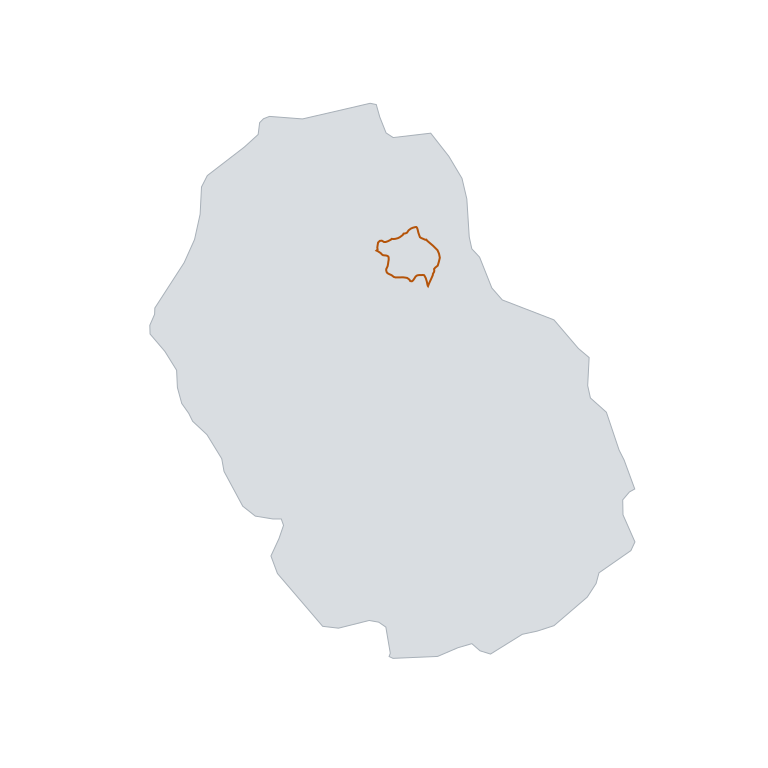 North Macedonia, with Demir Kapija highlighted, rotated 253°
{"feature_id": "MKD-2927", "entity_name": "Demir Kapija", "entity_type": "Statistical Region", "adm_level": 1, "iso_a3": "MKD", "parent_name": "North Macedonia", "parent_adm1": "", "projection": "robinson", "projection_center": [22.23, 41.383], "detail": "fine", "context": "in_parent", "style": "outline", "palette": "amber", "viewbox_px": 768, "rotation_deg": 253, "n_neighbors": 0, "source": "natural_earth", "source_scale": "10m", "svg_char_len": 2399}
<svg xmlns="http://www.w3.org/2000/svg" viewBox="0 0 768 768"><g transform="rotate(253 384 384)"><path d="M347.4,205.5L360.0,207.0L387.3,199.9L404.3,190.1L413.0,188.7L424.5,184.9L441.0,185.4L457.8,189.7L479.2,184.0L500.2,174.9L508.6,177.2L517.7,185.0L523.7,187.1L558.5,228.4L577.6,245.1L600.1,257.8L625.8,267.1L635.0,276.0L651.5,319.9L659.4,336.6L670.3,341.5L672.9,346.3L673.4,352.7L661.3,383.6L656.5,452.8L653.5,458.3L640.6,458.0L623.5,459.4L617.0,464.8L610.2,502.0L582.7,512.6L557.8,518.7L536.7,517.3L499.7,508.5L487.6,507.5L477.3,512.5L444.3,515.2L429.8,521.7L395.6,565.3L361.1,580.3L349.3,587.9L322.9,578.3L310.3,577.3L292.0,588.4L252.0,589.5L241.1,591.4L210.3,593.1L209.0,587.1L203.4,578.4L189.0,574.3L159.6,577.8L152.5,571.4L140.6,534.4L131.2,528.5L120.8,516.1L103.2,475.9L102.9,458.3L104.2,443.0L94.6,406.9L100.8,397.8L110.0,392.1L110.2,377.6L107.8,355.6L119.0,312.4L121.9,309.2L124.7,311.3L151.0,314.7L157.8,309.3L162.2,300.7L163.8,269.1L170.2,254.5L233.9,226.7L252.6,225.6L266.9,238.4L278.2,246.6L285.0,246.3L287.5,238.1L295.3,222.3L308.4,213.2L347.0,205.5L347.4,205.5Z" fill="#d9dde1" stroke="#a8b0b8" stroke-width="1"/><path d="M503.5,425.4L504.6,425.4L505.5,424.7L506.3,423.5L506.9,422.0L507.5,420.7L508.5,419.9L510.2,419.1L512.7,417.0L513.8,415.8L514.5,417.2L516.5,417.5L519.2,418.8L521.0,419.7L522.1,421.8L521.7,423.8L520.4,425.0L519.8,425.5L519.3,427.2L519.4,429.5L520.0,432.8L520.6,433.7L519.9,435.3L519.5,437.2L519.4,440.0L519.8,442.2L521.0,445.5L522.1,446.7L521.9,447.4L521.8,448.9L522.0,450.3L523.1,451.6L523.8,452.5L524.8,455.3L525.0,457.4L524.9,459.8L524.6,460.9L523.4,461.3L521.5,461.3L518.6,461.1L515.9,461.2L513.9,461.3L512.8,462.2L511.2,464.1L509.8,465.7L509.7,466.7L508.3,467.2L501.9,471.3L496.3,474.3L492.5,474.7L488.4,474.3L484.7,472.1L481.5,470.0L480.3,467.0L479.3,465.5L477.9,465.3L476.6,464.7L475.7,463.7L474.9,462.9L474.0,462.6L472.9,461.7L470.7,459.8L466.9,456.4L464.7,454.7L465.0,454.6L466.4,454.6L469.4,454.9L472.9,454.9L475.1,454.5L476.3,454.2L476.9,453.1L477.3,451.3L477.8,449.9L478.1,448.3L478.1,447.1L477.5,445.6L476.0,443.9L474.6,442.1L474.1,440.9L474.3,440.0L475.1,439.0L476.3,438.9L477.7,437.9L478.7,437.1L479.6,435.3L480.5,433.3L481.4,430.0L482.5,426.3L483.5,424.7L485.8,423.1L488.3,420.3L489.8,419.3L491.9,419.3L493.2,419.7L494.5,420.9L495.6,421.9L497.9,423.1L499.9,424.0L501.4,424.8L503.5,425.4Z" fill="none" stroke="#b45309" stroke-width="2"/></g></svg>